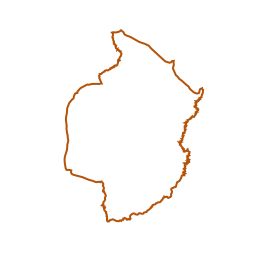 outline of Nong Bua Daeng, Chaiyaphum, Thailand, rotated 225°
{"feature_id": "78962969B31038405940383", "entity_name": "Nong Bua Daeng", "entity_type": "district", "adm_level": 2, "iso_a3": "THA", "parent_name": "Thailand", "parent_adm1": "Chaiyaphum", "projection": "robinson", "projection_center": [101.608, 16.203], "detail": "fine", "context": "isolated", "style": "outline", "palette": "amber", "viewbox_px": 256, "rotation_deg": 225, "n_neighbors": 0, "source": "geoboundaries", "source_scale": "gbopen_adm2", "svg_char_len": 5666}
<svg xmlns="http://www.w3.org/2000/svg" viewBox="0 0 256 256"><g transform="rotate(225 128 128)"><path d="M148.9,201.4L168.1,200.6L171.4,200.9L175.0,199.7L180.9,196.8L190.4,194.2L195.6,191.9L197.3,191.9L198.8,192.5L202.1,192.2L202.2,190.4L202.8,189.1L204.2,186.9L206.3,185.1L206.8,184.2L205.4,184.1L203.9,182.6L203.8,181.9L203.0,181.0L202.6,181.1L202.5,180.8L201.5,180.5L200.2,179.4L199.3,179.4L198.5,178.7L198.4,178.2L198.1,178.2L197.7,177.7L196.8,177.5L196.3,178.0L195.5,177.9L195.0,177.3L194.7,177.5L194.6,177.0L194.1,177.0L193.7,176.3L192.9,175.9L191.4,176.2L191.3,176.5L191.1,176.2L191.1,176.4L190.2,176.1L189.7,176.6L189.3,176.4L189.0,177.0L189.1,176.5L188.3,176.2L187.9,176.3L187.9,176.6L187.4,176.5L187.2,176.9L186.3,176.2L185.5,176.1L184.7,175.4L184.5,174.5L184.0,174.0L183.8,172.5L183.0,170.2L181.6,170.1L181.7,169.4L182.8,168.7L181.4,167.4L180.2,165.0L180.2,164.0L181.2,163.4L181.0,163.1L181.3,162.7L181.2,162.1L181.5,162.3L181.7,161.8L180.9,161.3L181.2,160.7L181.6,160.7L181.9,160.1L181.7,159.2L181.9,159.0L182.1,159.1L182.1,158.1L182.4,158.0L182.3,157.7L182.5,157.6L182.1,157.0L182.5,156.4L182.9,154.5L183.9,153.9L184.9,152.0L184.5,151.5L185.3,148.6L185.1,147.5L186.2,146.1L185.7,145.8L185.3,144.3L184.4,144.2L183.8,143.1L178.1,140.8L179.0,139.9L179.6,138.6L180.9,137.5L184.6,133.7L186.2,131.0L187.6,129.8L189.6,123.2L189.8,121.7L189.4,117.8L188.6,117.0L189.6,115.5L189.7,114.6L188.7,112.2L187.5,110.5L187.4,110.0L187.7,108.8L187.3,104.3L184.9,98.9L182.2,95.9L179.1,91.4L177.5,89.7L172.8,86.1L171.2,84.2L168.2,81.8L165.0,79.8L163.9,78.6L161.3,76.9L158.8,72.8L158.1,72.3L155.5,69.1L152.6,63.5L150.9,61.2L148.4,58.9L143.7,55.5L141.9,54.9L139.8,56.9L138.1,57.9L136.9,56.3L136.0,55.9L135.2,55.8L133.3,56.4L125.7,60.9L118.6,63.9L116.1,65.4L112.8,66.9L111.6,67.8L111.1,68.8L110.3,69.6L109.3,70.0L109.2,71.2L108.8,71.5L106.3,71.2L105.7,70.8L105.0,69.4L104.1,69.3L102.3,68.3L101.2,65.7L100.8,65.5L100.1,66.3L99.3,65.6L98.1,65.5L95.7,64.4L94.9,62.2L93.6,61.2L93.1,60.0L93.0,58.5L92.3,57.2L91.5,56.8L91.3,56.2L91.8,55.7L91.7,54.9L91.3,55.2L91.4,55.7L90.6,55.5L90.2,55.7L89.3,54.9L89.1,55.2L89.0,54.5L88.5,54.4L88.1,54.7L88.2,55.3L87.8,55.3L87.6,53.7L86.3,53.1L84.7,53.0L84.1,53.2L83.5,52.3L82.9,52.3L82.6,51.9L81.8,51.7L80.8,50.5L80.4,50.7L77.5,47.8L76.3,47.5L75.6,48.3L75.4,49.0L75.8,49.5L74.1,52.8L70.5,54.0L68.5,55.6L68.5,56.7L68.2,57.2L67.1,57.4L67.1,59.2L66.5,59.7L67.3,60.9L66.6,61.5L66.6,62.2L65.4,62.3L64.8,62.7L63.8,62.5L63.4,63.0L63.4,63.9L62.1,64.5L61.9,64.8L62.1,65.7L62.9,66.0L64.2,67.1L64.5,68.2L64.3,70.4L63.3,72.0L61.6,72.3L60.0,73.4L59.8,74.1L60.0,75.2L59.7,75.9L57.4,77.2L56.7,78.3L56.9,79.5L55.5,81.8L55.9,83.1L55.5,84.7L55.2,87.4L55.8,88.0L55.2,89.5L55.9,90.1L56.0,91.0L54.8,93.4L54.9,94.5L54.5,95.2L54.4,96.3L53.3,97.6L52.8,98.7L53.2,100.9L52.9,101.7L53.7,103.2L53.4,104.4L53.9,105.1L53.0,105.4L52.3,106.5L51.9,106.5L51.5,107.1L50.1,107.0L49.2,109.4L49.6,110.7L50.9,111.8L51.1,112.9L51.9,114.2L53.8,114.9L54.4,115.6L54.4,116.4L53.7,117.6L53.6,118.5L52.6,120.2L54.9,124.3L54.2,126.8L54.9,129.9L55.2,130.1L55.5,131.1L56.2,132.2L56.2,132.8L55.1,134.0L55.8,134.0L55.6,134.9L55.9,135.2L55.6,135.6L56.0,135.9L56.5,135.7L56.2,136.0L56.8,135.9L56.8,136.3L57.5,135.5L57.8,136.1L57.2,136.8L57.4,138.1L57.9,138.3L58.0,138.7L58.1,138.2L58.4,138.3L58.6,139.1L59.3,138.8L59.2,139.6L59.6,139.4L59.5,140.1L59.8,140.2L60.2,141.2L60.6,141.0L60.9,141.3L61.1,142.2L61.6,142.1L61.7,142.7L62.4,142.7L62.5,143.1L63.1,143.0L62.8,143.4L62.0,143.4L62.1,143.9L61.6,144.1L62.0,144.3L61.5,144.8L61.7,145.1L61.4,145.0L61.1,145.4L61.7,145.7L61.8,146.4L60.9,146.5L60.8,146.9L61.6,146.8L61.2,147.1L61.3,147.5L61.8,147.4L62.1,147.7L62.1,148.1L62.5,148.0L62.5,148.6L62.9,148.3L63.4,148.6L63.9,148.1L64.0,148.5L64.8,147.7L64.6,148.0L64.7,149.2L65.6,149.2L65.6,149.8L66.2,150.2L65.5,150.9L65.9,151.4L65.4,152.1L66.6,152.4L66.8,152.9L66.7,153.5L67.5,154.6L69.2,154.0L70.7,155.0L70.6,152.7L71.1,152.0L71.1,151.4L71.7,150.8L71.9,150.8L72.2,151.9L72.7,152.1L73.6,151.7L73.8,152.6L74.9,152.2L74.9,152.6L76.1,152.8L77.7,152.8L78.9,153.4L79.1,152.9L79.5,152.8L80.7,154.1L80.9,153.8L81.5,153.9L80.9,154.2L80.8,155.1L80.3,155.3L80.4,155.8L81.1,155.8L80.8,156.1L81.2,156.1L81.5,157.0L81.8,156.8L81.3,157.4L81.4,158.0L81.8,158.1L81.4,158.3L81.8,158.8L82.0,158.6L82.8,160.7L82.9,160.4L83.9,160.7L84.0,161.5L85.1,162.7L84.8,163.3L85.1,163.4L84.9,163.8L85.3,163.9L84.7,164.8L85.4,165.3L85.6,166.5L86.0,166.6L86.2,167.5L86.7,167.0L88.7,168.8L88.0,169.6L88.2,170.6L89.0,170.4L88.8,171.1L89.7,171.2L90.2,171.7L90.0,172.2L90.3,172.5L91.3,172.0L90.8,173.2L91.2,173.6L90.2,174.2L90.6,175.2L91.5,175.7L90.9,176.6L90.8,177.7L90.3,178.5L90.8,179.2L90.4,180.0L90.8,180.4L90.8,180.9L90.3,180.4L90.3,182.0L89.2,182.5L89.7,184.7L90.1,185.3L90.1,185.8L89.8,185.8L89.9,186.3L90.6,186.2L90.7,187.0L91.3,187.1L91.1,188.1L90.4,188.6L91.1,189.1L91.4,189.9L91.1,189.9L91.1,190.3L91.7,190.3L91.8,190.8L92.2,190.7L92.6,191.0L93.3,190.1L93.7,190.6L94.9,190.6L95.9,190.0L96.4,190.3L96.1,191.3L95.5,191.9L95.6,192.3L95.8,192.4L96.4,192.1L97.3,192.8L96.8,193.0L96.8,193.4L97.6,194.1L98.3,194.1L98.4,194.7L98.9,194.8L97.9,195.5L98.3,196.0L97.7,196.4L98.0,196.7L97.7,197.0L98.3,197.9L98.0,198.3L98.3,198.9L97.8,198.8L98.0,199.2L97.7,199.4L98.2,199.6L98.0,200.0L98.2,200.7L97.8,201.0L97.8,201.8L98.4,202.3L98.7,203.2L99.2,203.6L99.8,205.5L101.8,208.0L103.0,208.0L103.7,208.5L104.4,206.8L104.4,206.1L102.6,203.1L102.7,202.5L103.6,201.2L104.3,200.7L106.1,199.9L107.4,199.7L111.9,199.4L114.7,200.2L117.0,199.8L123.5,199.5L126.3,199.0L129.8,199.4L131.5,199.2L138.2,201.8L139.4,203.3L139.9,204.7L142.6,207.0L143.1,207.8L144.2,206.3L144.0,204.9L144.9,203.4L148.9,201.4Z" fill="none" stroke="#b45309" stroke-width="2"/></g></svg>